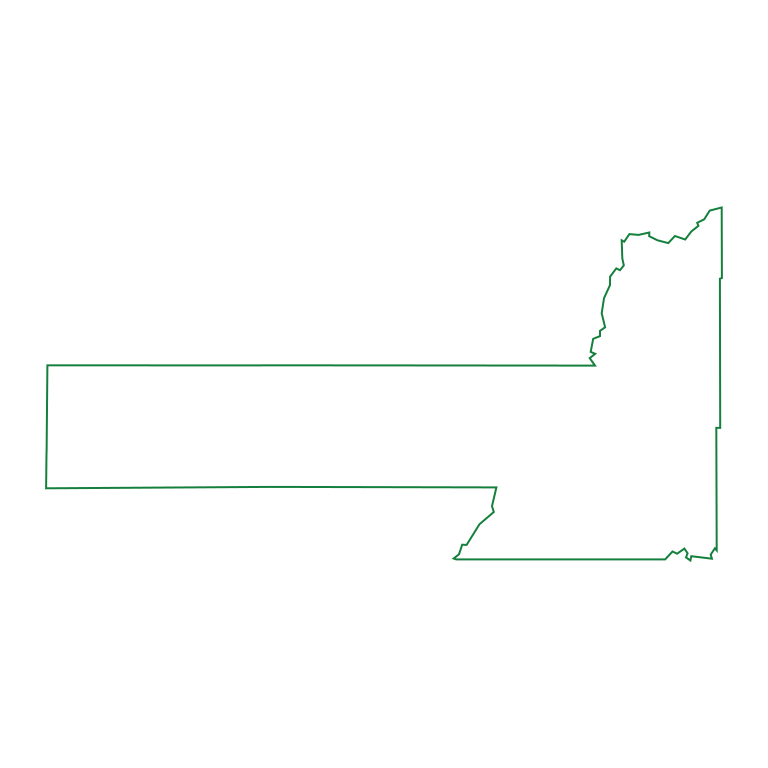 the district of Pennington, South Dakota, United States of America
{"feature_id": "52423323B6635746218968", "entity_name": "Pennington", "entity_type": "district", "adm_level": 2, "iso_a3": "USA", "parent_name": "United States of America", "parent_adm1": "South Dakota", "projection": "equal_earth", "projection_center": [-102.496, 44.098], "detail": "fine", "context": "isolated", "style": "outline", "palette": "green", "viewbox_px": 768, "rotation_deg": 0, "n_neighbors": 0, "source": "geoboundaries", "source_scale": "gbopen_adm2", "svg_char_len": 951}
<svg xmlns="http://www.w3.org/2000/svg" viewBox="0 0 768 768"><path d="M456.2,559.4L665.2,559.4L672.5,551.5L677.1,553.7L684.4,548.6L687.6,553.3L686.0,557.4L690.4,560.5L691.3,556.2L711.9,558.7L710.7,554.6L714.9,548.3L716.7,550.4L716.3,427.9L720.2,427.9L719.9,278.7L721.9,278.0L721.7,207.5L709.7,210.6L704.2,219.3L697.2,222.8L698.4,225.8L691.3,231.5L685.2,239.5L674.9,236.0L668.3,243.1L657.5,240.3L649.2,236.2L649.3,232.5L638.6,234.9L629.4,234.1L624.2,241.7L621.7,240.3L622.3,258.4L623.8,265.4L620.0,270.2L616.3,268.4L610.1,276.6L610.0,285.1L604.0,298.2L601.7,313.3L605.1,327.3L600.0,330.8L600.0,336.1L593.2,338.8L590.7,351.9L595.2,353.8L589.7,358.1L595.0,365.6L377.3,365.4L367.5,365.4L350.8,365.4L296.9,365.3L245.2,365.4L200.2,365.4L47.4,365.3L46.6,452.1L46.5,452.7L46.1,488.3L270.0,486.9L496.4,487.4L492.0,506.1L493.8,512.0L479.5,524.2L466.6,544.9L462.2,544.7L459.0,554.3L453.7,558.5L456.2,559.4Z" fill="none" stroke="#15803d" stroke-width="2"/></svg>